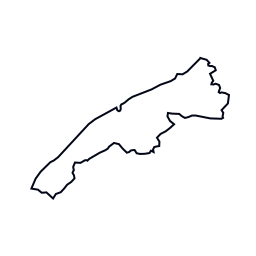 the border of Hambantŏṭa, rotated 171°
{"feature_id": "LKA-2465", "entity_name": "Hambantŏṭa", "entity_type": "District", "adm_level": 1, "iso_a3": "LKA", "parent_name": "Sri Lanka", "parent_adm1": "", "projection": "orthographic", "projection_center": [81.085, 6.277], "detail": "fine", "context": "isolated", "style": "outline", "palette": "ink", "viewbox_px": 256, "rotation_deg": 171, "n_neighbors": 0, "source": "natural_earth", "source_scale": "10m", "svg_char_len": 1574}
<svg xmlns="http://www.w3.org/2000/svg" viewBox="0 0 256 256"><g transform="rotate(171 128 128)"><path d="M232.9,83.3L227.1,92.5L221.1,98.5L210.0,106.4L206.4,107.5L201.6,110.1L166.2,138.0L159.1,141.8L136.2,150.0L135.8,147.2L134.4,146.0L134.1,146.1L133.0,146.4L132.2,147.9L131.9,151.1L130.8,152.4L129.1,152.8L126.9,153.8L122.8,156.3L118.6,158.1L98.8,162.4L89.2,165.7L78.6,167.6L73.8,169.5L70.9,173.6L65.7,172.5L62.5,173.8L60.7,174.5L53.4,179.9L46.0,185.3L45.6,185.9L44.5,185.3L39.7,183.1L37.4,179.6L38.8,178.8L38.9,177.2L37.2,176.3L35.4,176.1L32.8,174.4L32.3,171.3L38.5,168.7L36.4,161.3L38.1,159.7L38.8,158.1L36.7,157.6L34.5,158.0L31.4,156.3L30.7,153.0L31.8,151.3L32.8,149.3L31.7,148.2L30.0,148.5L26.4,147.2L23.1,144.8L25.5,136.6L32.8,131.0L31.5,128.0L32.8,124.6L32.5,123.2L34.3,122.5L45.2,124.6L59.1,129.7L62.8,130.3L66.4,129.4L70.1,129.0L73.0,131.3L75.2,133.9L82.2,135.3L86.2,136.6L87.2,133.3L85.4,128.4L81.9,124.5L86.6,121.4L91.4,118.8L96.8,117.0L100.9,113.9L99.1,109.6L100.0,105.3L102.4,105.3L105.0,105.1L106.6,102.9L106.5,100.3L108.9,102.0L110.7,99.9L115.5,99.9L120.2,100.5L123.4,101.7L124.9,105.2L126.8,105.4L128.8,105.3L130.6,104.1L133.0,103.8L136.5,108.5L139.5,113.5L144.2,115.4L149.5,112.6L151.3,110.7L154.2,109.5L159.8,108.0L171.1,103.6L173.2,102.1L173.7,102.6L175.4,102.9L180.4,101.0L185.8,102.2L188.2,98.2L188.2,96.5L188.1,94.9L189.0,93.7L189.8,92.4L188.8,89.8L188.7,86.6L192.5,83.6L197.0,81.5L200.5,78.2L204.5,75.1L209.6,74.1L213.0,70.1L218.7,77.2L220.9,77.3L223.4,77.6L226.6,81.2L231.2,82.7L232.9,83.3Z" fill="none" stroke="#020617" stroke-width="2"/></g></svg>